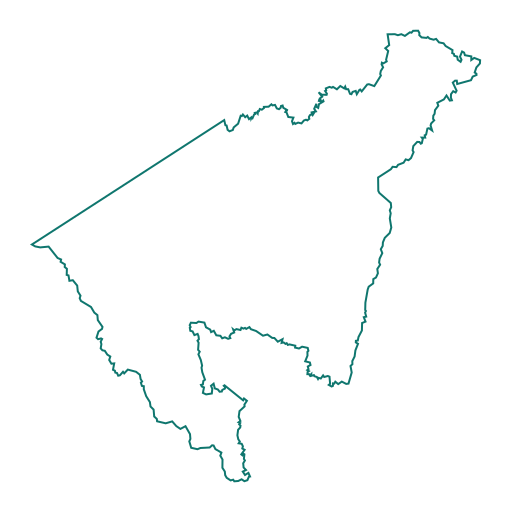 Maceo, Antioquia, Colombia (Natural Earth projection)
{"feature_id": "7082276B28427937115124", "entity_name": "Maceo", "entity_type": "district", "adm_level": 2, "iso_a3": "COL", "parent_name": "Colombia", "parent_adm1": "Antioquia", "projection": "natural_earth1", "projection_center": [-74.692, 6.525], "detail": "fine", "context": "isolated", "style": "outline", "palette": "teal", "viewbox_px": 512, "rotation_deg": 0, "n_neighbors": 0, "source": "geoboundaries", "source_scale": "gbopen_adm2", "svg_char_len": 5993}
<svg xmlns="http://www.w3.org/2000/svg" viewBox="0 0 512 512"><path d="M109.2,360.0L111.4,363.7L114.2,363.4L113.0,369.8L114.9,370.7L115.3,372.6L117.0,373.0L118.2,375.7L119.9,375.3L123.0,371.8L124.2,373.4L127.8,369.6L136.1,371.8L139.9,374.8L140.6,379.0L142.1,381.5L140.9,382.7L141.9,385.9L143.8,386.2L143.8,389.3L146.2,396.2L149.9,402.1L150.5,406.5L153.6,409.6L154.2,416.5L156.8,418.9L157.1,421.3L165.7,423.3L172.2,421.4L176.3,426.1L180.4,428.9L185.5,426.2L190.0,434.1L190.4,438.9L189.3,441.4L191.2,447.8L197.5,449.2L200.4,448.0L209.7,447.5L212.1,445.3L213.6,445.5L215.4,449.1L221.4,452.6L220.3,455.7L222.5,459.5L222.4,467.8L224.8,471.5L225.2,475.2L226.7,477.8L230.6,480.4L233.2,479.7L234.3,481.3L238.2,481.0L241.6,479.3L244.4,481.2L247.4,480.2L248.9,476.7L250.0,476.5L248.4,472.9L245.0,475.0L242.8,471.6L246.0,470.0L243.6,467.5L243.2,463.3L244.9,460.5L243.9,458.9L244.4,454.3L243.3,453.6L242.4,455.3L241.3,454.4L244.6,449.8L242.3,448.5L242.9,446.3L241.7,443.8L238.7,443.3L239.8,441.5L238.3,439.3L237.4,435.3L238.1,429.8L240.2,427.5L240.5,425.6L239.2,424.4L240.2,423.1L238.6,422.3L240.4,421.0L238.7,416.9L239.5,411.1L244.6,406.4L244.4,404.6L246.9,400.8L244.0,398.5L243.1,400.3L224.5,385.3L223.8,385.8L225.2,387.3L224.9,388.6L222.3,389.9L221.8,391.5L219.6,391.7L217.9,389.5L214.8,388.4L213.6,383.7L211.0,385.8L212.3,388.9L211.8,393.5L206.1,394.4L202.9,392.9L204.0,387.4L201.8,386.5L201.0,384.9L202.9,384.4L203.3,381.0L205.0,379.7L202.3,372.3L201.5,367.7L202.1,365.6L200.8,360.0L198.4,354.3L199.7,351.7L198.1,349.8L198.6,342.7L197.5,340.7L198.9,339.2L198.5,336.1L197.6,333.9L194.4,335.1L192.6,331.4L190.3,330.8L189.8,327.7L190.6,327.0L189.7,325.2L190.9,322.7L196.4,323.0L198.5,321.6L204.4,322.6L206.0,327.3L210.2,329.6L211.1,332.1L213.8,330.8L216.3,335.3L220.4,335.8L222.2,338.3L224.9,337.3L228.1,338.8L230.3,338.1L229.5,336.3L231.1,333.8L234.2,332.5L233.2,329.4L234.4,330.4L236.4,329.1L240.5,330.0L241.4,327.7L243.5,328.6L245.0,327.9L246.2,328.9L249.4,327.1L250.9,329.2L256.1,331.0L263.0,335.7L267.4,334.5L272.2,337.9L274.4,338.0L277.8,341.7L282.5,339.2L281.6,342.9L283.6,342.4L285.5,343.9L286.7,343.2L287.8,344.9L289.5,344.4L295.3,345.7L295.1,347.6L299.0,348.5L302.1,346.7L307.7,347.9L308.4,350.8L307.4,351.9L307.5,355.6L305.2,361.3L309.9,362.5L310.5,365.0L307.8,366.5L308.5,369.2L307.3,370.1L308.9,371.1L307.6,372.0L307.4,374.1L309.0,374.1L309.8,375.4L311.2,374.1L311.0,375.9L313.9,375.1L314.4,376.2L316.9,377.0L318.0,379.0L318.6,377.9L320.8,378.5L323.1,375.4L324.2,377.0L327.8,376.0L329.5,376.7L330.1,383.8L328.8,384.9L331.6,386.5L332.9,385.9L333.0,383.4L334.2,383.6L335.3,381.7L338.2,384.1L341.8,381.6L346.2,383.9L348.5,383.6L351.7,372.5L350.5,366.0L352.4,364.2L352.3,361.1L354.6,356.5L355.4,350.4L358.0,343.8L355.8,342.4L355.9,340.8L357.8,340.5L358.5,337.0L361.9,330.5L362.1,323.0L365.5,321.6L363.8,317.2L366.2,316.6L365.1,312.6L365.9,311.0L365.2,310.0L365.4,302.6L367.7,289.5L368.7,286.7L373.2,283.4L373.3,279.1L376.0,277.5L377.9,273.3L377.3,269.0L380.1,264.7L379.1,262.5L379.6,258.7L382.3,253.1L380.8,249.2L382.7,245.9L382.9,242.4L384.8,237.8L389.7,233.0L391.3,227.5L389.8,218.4L390.7,213.3L389.8,210.3L391.2,207.2L390.8,203.0L379.4,193.0L378.3,190.9L378.1,177.5L390.9,169.2L392.6,166.8L396.5,167.1L398.1,164.8L403.6,162.7L405.7,159.4L408.5,160.2L411.0,158.1L413.6,152.1L412.6,150.4L413.3,146.1L417.2,141.9L419.5,142.0L420.8,143.7L421.8,143.2L422.8,138.9L421.8,137.6L425.2,137.6L424.7,135.3L426.1,134.6L427.4,128.6L428.9,128.2L432.1,130.5L430.6,125.5L431.1,123.5L434.2,120.3L433.1,118.9L433.3,115.7L434.6,113.8L435.0,110.1L438.3,105.7L437.3,102.8L443.9,99.4L446.5,95.5L449.8,100.6L451.9,100.3L450.9,97.7L451.0,94.2L453.2,91.2L455.6,92.5L456.6,90.7L452.8,82.6L455.0,80.7L456.8,80.7L457.2,84.0L471.0,80.2L472.7,76.6L476.5,75.0L476.4,73.7L474.7,72.5L476.4,67.4L479.9,63.5L480.1,60.2L474.2,57.9L471.3,60.0L471.3,56.4L464.9,55.2L464.1,52.6L462.1,51.5L460.0,56.6L461.5,59.8L460.6,61.8L457.7,59.7L457.2,56.6L454.3,55.8L453.9,53.9L452.2,53.1L452.5,50.1L445.6,46.0L443.6,43.3L439.0,42.4L436.1,38.9L433.6,39.7L429.6,38.6L427.8,37.0L426.5,37.9L421.6,37.4L419.3,35.2L419.4,33.0L418.1,30.7L413.1,30.8L411.5,32.7L409.9,32.3L404.9,35.9L401.3,34.2L397.9,35.2L394.9,34.2L387.6,34.3L389.2,45.1L385.3,48.2L388.2,51.0L386.1,59.7L386.7,61.4L383.3,63.4L381.9,62.7L381.6,64.4L383.1,67.3L380.8,71.0L380.2,74.0L380.9,75.5L374.3,86.1L368.9,84.2L367.2,84.5L361.7,91.4L360.2,89.5L359.4,89.9L356.8,94.2L355.7,90.9L352.6,91.9L351.4,94.2L350.0,93.8L348.2,89.2L346.1,89.2L345.2,86.6L344.2,88.4L340.3,86.0L336.9,89.3L333.0,86.9L331.8,87.7L329.5,86.9L325.8,88.4L326.2,90.4L325.1,91.0L326.9,93.7L326.6,94.8L321.8,94.7L318.6,92.3L322.2,96.7L319.9,98.4L320.6,100.0L319.2,99.8L318.9,100.9L322.5,101.5L323.2,100.6L323.5,101.4L319.0,104.1L318.2,107.9L316.4,106.8L316.4,103.8L314.2,108.8L315.9,111.4L311.6,112.4L311.8,113.3L313.7,113.4L312.6,115.2L311.8,114.2L309.9,115.2L308.9,117.0L309.3,118.8L307.3,120.4L306.0,119.7L303.9,120.5L301.5,123.4L298.1,122.6L295.3,123.9L294.5,122.8L293.0,124.0L292.0,121.2L293.4,117.6L288.3,117.0L286.5,112.4L285.3,112.0L286.2,110.3L287.8,110.4L283.3,107.8L282.6,105.5L281.0,106.0L280.7,107.7L279.0,109.2L276.8,108.4L275.0,104.9L272.5,105.4L271.4,104.3L268.6,106.7L263.9,106.9L264.0,108.0L261.8,109.7L259.8,109.0L258.9,111.2L258.0,111.2L257.7,113.6L256.8,112.4L254.8,112.9L255.2,114.0L254.1,114.5L252.5,118.2L251.7,117.5L251.2,118.5L251.1,117.5L249.0,119.1L247.2,115.6L245.2,117.2L242.9,114.5L241.9,116.0L240.7,115.7L238.1,123.7L233.7,127.4L232.8,130.0L229.5,131.3L227.6,129.8L226.6,125.5L225.4,125.2L224.2,120.1L31.9,244.5L35.2,246.4L40.2,247.4L48.6,246.6L57.6,258.0L61.1,259.5L60.6,261.8L64.9,264.4L64.7,267.0L66.9,268.8L66.7,274.9L68.5,275.4L69.4,280.8L72.8,280.2L77.2,285.6L77.8,291.4L80.5,295.7L79.7,298.2L80.9,300.9L91.0,307.0L94.3,312.6L97.4,315.1L97.8,320.1L102.5,326.9L102.0,328.9L98.5,331.5L96.5,337.7L98.1,339.2L101.0,338.4L102.1,339.0L100.7,341.7L101.4,344.1L100.7,348.4L102.4,350.3L104.8,350.8L107.3,354.6L110.3,356.5L109.2,360.0Z" fill="none" stroke="#0f766e" stroke-width="2"/></svg>